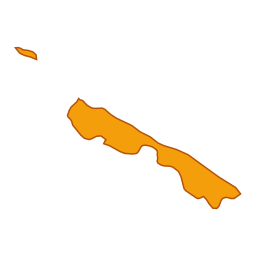 Rennell and Bellona, Albers equal-area conic projection
{"feature_id": "SLB-1261", "entity_name": "Rennell and Bellona", "entity_type": "Province", "adm_level": 1, "iso_a3": "SLB", "parent_name": "Solomon Islands", "parent_adm1": "", "projection": "albers", "projection_center": [160.182, -11.564], "detail": "fine", "context": "isolated", "style": "filled", "palette": "amber", "viewbox_px": 256, "rotation_deg": 0, "n_neighbors": 0, "source": "natural_earth", "source_scale": "10m", "svg_char_len": 1247}
<svg xmlns="http://www.w3.org/2000/svg" viewBox="0 0 256 256"><path d="M218.7,177.0L235.7,187.6L240.6,193.9L234.1,198.5L230.8,198.5L228.3,197.7L225.9,197.3L222.6,198.5L221.1,200.5L218.9,206.3L216.9,208.4L212.9,208.2L209.5,204.4L206.5,199.6L203.5,196.5L199.3,198.4L197.6,198.5L196.0,197.7L185.6,190.6L184.1,188.7L181.0,176.6L178.5,171.5L172.8,167.1L169.9,166.2L164.0,165.9L161.2,165.1L157.8,163.0L157.1,161.2L157.6,159.5L157.6,157.3L157.2,154.5L157.5,152.3L156.7,150.1L153.6,147.6L151.2,146.5L148.3,145.6L145.1,145.2L142.3,145.6L141.0,147.0L138.3,151.8L136.6,153.4L134.0,153.9L130.8,153.9L124.9,153.4L120.1,151.6L109.3,145.6L103.7,143.7L105.1,140.7L106.0,139.6L100.9,135.9L96.4,136.3L92.6,138.3L89.4,139.6L84.4,138.3L80.8,135.1L72.7,125.1L71.6,121.1L70.2,119.1L68.1,117.0L67.5,115.5L69.2,110.5L71.1,107.1L76.7,101.9L78.7,98.5L79.6,99.6L80.6,100.0L81.6,100.2L82.7,100.6L86.7,104.9L89.5,106.8L92.4,108.2L95.5,108.4L102.2,108.1L104.8,109.3L110.4,114.3L116.2,118.1L131.9,125.6L140.2,131.9L150.1,136.8L158.2,143.1L164.0,145.7L176.5,149.5L188.0,154.7L218.7,177.0ZM23.0,49.8L27.9,50.4L32.7,51.8L36.0,54.7L36.6,59.5L30.1,56.9L24.7,55.5L19.8,53.2L15.4,47.8L17.6,47.6L19.5,47.9L21.2,48.7L23.0,49.8Z" fill="#f59e0b" stroke="#b45309" stroke-width="1.5"/></svg>